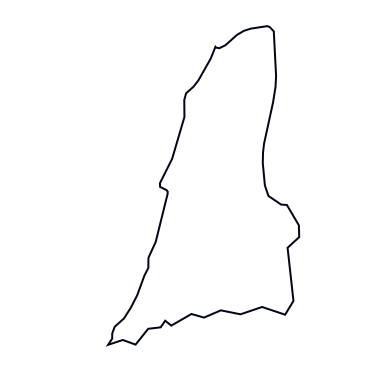 Cape May, New Jersey, United States of America, rotated 165°
{"feature_id": "52423323B74589242943410", "entity_name": "Cape May", "entity_type": "district", "adm_level": 2, "iso_a3": "USA", "parent_name": "United States of America", "parent_adm1": "New Jersey", "projection": "albers", "projection_center": [-74.781, 39.126], "detail": "fine", "context": "isolated", "style": "outline", "palette": "ink", "viewbox_px": 384, "rotation_deg": 165, "n_neighbors": 0, "source": "geoboundaries", "source_scale": "gbopen_adm2", "svg_char_len": 858}
<svg xmlns="http://www.w3.org/2000/svg" viewBox="0 0 384 384"><g transform="rotate(165 192 192)"><path d="M133.8,49.4L122.2,60.5L114.1,113.4L100.1,120.7L97.4,132.2L103.7,154.9L109.2,156.8L119.2,168.4L119.9,179.4L116.2,201.4L113.2,211.7L109.9,220.0L90.5,257.6L84.2,271.7L80.8,282.1L71.4,326.0L74.1,331.0L76.2,332.7L93.0,334.6L100.4,334.2L107.9,332.1L121.8,325.1L128.4,323.8L131.4,325.3L131.8,326.1L139.5,315.9L157.1,298.0L163.5,293.2L172.1,288.9L175.6,283.0L179.9,266.4L202.6,229.2L220.7,208.8L221.5,205.2L216.1,200.4L215.4,198.7L216.0,196.6L239.9,153.3L251.1,139.7L253.8,130.0L259.5,123.7L271.7,106.4L280.9,96.2L290.4,87.5L301.6,81.8L305.7,75.9L307.0,71.1L312.6,66.1L297.2,67.0L286.0,59.2L269.7,71.2L257.3,69.4L251.2,74.6L246.6,68.3L224.1,74.3L212.9,67.6L194.7,70.2L176.8,61.3L154.1,62.8L133.8,49.4Z" fill="none" stroke="#020617" stroke-width="2"/></g></svg>